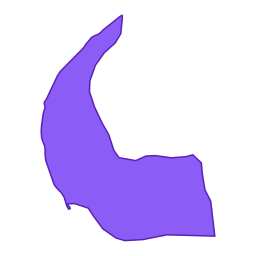 the border of Benghazi
{"feature_id": "LBY-2984", "entity_name": "Benghazi", "entity_type": "Municipality", "adm_level": 1, "iso_a3": "LBY", "parent_name": "Libya", "parent_adm1": "", "projection": "orthographic", "projection_center": [20.37, 31.785], "detail": "fine", "context": "isolated", "style": "filled", "palette": "violet", "viewbox_px": 256, "rotation_deg": 0, "n_neighbors": 0, "source": "natural_earth", "source_scale": "10m", "svg_char_len": 900}
<svg xmlns="http://www.w3.org/2000/svg" viewBox="0 0 256 256"><path d="M68.7,209.2L67.0,206.5L64.0,196.9L61.4,192.9L56.0,187.2L54.0,184.2L45.8,160.6L45.1,154.5L45.0,148.2L44.5,145.8L42.4,140.3L41.6,137.6L41.2,131.6L41.6,125.0L43.4,112.9L45.1,107.5L44.9,106.0L44.4,104.5L44.2,102.9L44.7,101.5L46.3,99.3L57.5,75.7L60.4,71.3L83.7,47.7L85.6,44.6L91.5,37.5L94.0,36.1L98.9,33.9L101.1,32.1L102.7,30.3L120.5,16.1L122.1,15.4L122.4,17.5L120.8,33.6L115.3,42.8L104.4,52.6L95.4,65.2L89.8,81.1L89.5,91.8L94.6,107.2L102.3,123.4L108.8,134.8L113.8,150.3L119.0,157.7L135.7,160.6L145.8,156.1L155.2,155.6L171.3,157.8L186.0,156.7L192.8,154.8L201.3,162.9L202.5,175.0L204.9,189.7L210.7,201.2L214.8,236.1L167.0,234.8L142.7,239.6L124.8,240.6L116.0,238.0L102.9,228.9L93.7,216.4L88.2,208.1L74.6,203.6L67.6,203.9L68.0,205.2L69.5,206.7L69.8,207.3L70.2,208.6L68.7,209.2Z" fill="#8b5cf6" stroke="#5b21b6" stroke-width="1.5"/></svg>